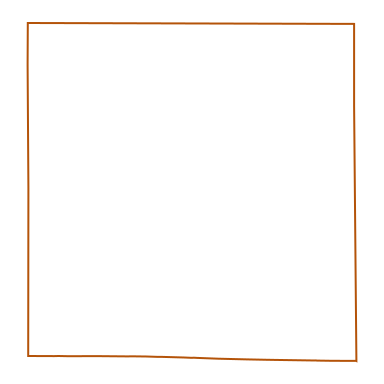 outline of Green, Wisconsin, United States of America
{"feature_id": "52423323B77847893272350", "entity_name": "Green", "entity_type": "district", "adm_level": 2, "iso_a3": "USA", "parent_name": "United States of America", "parent_adm1": "Wisconsin", "projection": "mercator", "projection_center": [-89.585, 42.679], "detail": "fine", "context": "isolated", "style": "outline", "palette": "amber", "viewbox_px": 384, "rotation_deg": 0, "n_neighbors": 0, "source": "geoboundaries", "source_scale": "gbopen_adm2", "svg_char_len": 545}
<svg xmlns="http://www.w3.org/2000/svg" viewBox="0 0 384 384"><path d="M356.4,361.0L354.1,105.7L354.1,34.8L354.1,23.9L27.8,23.0L27.6,64.4L28.4,188.1L28.2,356.0L53.0,356.1L54.5,356.1L58.5,356.0L68.0,356.2L75.5,356.2L94.4,356.1L128.4,356.4L130.8,356.3L146.4,356.5L158.5,356.9L162.7,356.9L184.1,357.5L191.0,357.8L192.5,357.8L193.5,357.7L197.1,357.9L218.2,358.7L247.3,359.4L267.7,359.8L268.2,359.8L273.9,359.9L315.1,360.5L315.9,360.4L316.9,360.6L318.0,360.6L331.6,360.8L356.2,360.9L356.4,361.0Z" fill="none" stroke="#b45309" stroke-width="2"/></svg>